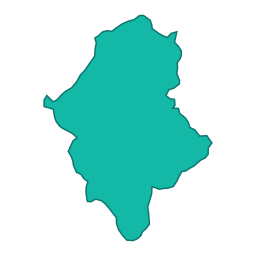 the district of Vargem, São Paulo, Brazil
{"feature_id": "56859067B88697914200534", "entity_name": "Vargem", "entity_type": "district", "adm_level": 2, "iso_a3": "BRA", "parent_name": "Brazil", "parent_adm1": "São Paulo", "projection": "albers", "projection_center": [-46.413, -22.894], "detail": "fine", "context": "isolated", "style": "filled", "palette": "teal", "viewbox_px": 256, "rotation_deg": 0, "n_neighbors": 0, "source": "geoboundaries", "source_scale": "gbopen_adm2", "svg_char_len": 1531}
<svg xmlns="http://www.w3.org/2000/svg" viewBox="0 0 256 256"><path d="M176.8,31.8L171.4,33.3L167.4,37.4L162.9,35.8L158.0,32.9L152.2,28.6L151.6,24.3L150.2,20.4L143.4,15.4L139.4,15.6L134.2,19.6L128.4,21.2L122.2,23.9L116.4,27.8L111.7,31.4L107.0,30.7L102.5,31.9L98.9,35.4L94.9,38.0L96.3,43.1L95.2,48.5L94.7,56.1L88.7,64.7L84.8,70.4L80.5,74.8L76.7,81.7L71.5,87.9L65.5,91.3L61.4,95.0L56.5,100.3L52.9,101.7L46.8,95.5L44.1,100.1L44.1,106.6L48.4,107.7L53.3,109.3L54.6,117.0L56.3,121.7L59.3,125.8L62.3,128.2L71.9,133.1L77.1,137.6L73.2,140.6L70.2,147.0L68.3,151.4L71.3,156.6L72.9,161.2L73.4,164.9L74.9,168.8L76.6,172.4L80.9,174.2L83.9,178.6L87.9,181.8L86.3,186.5L86.0,192.1L86.6,196.8L87.5,201.5L91.0,201.7L95.7,199.1L101.4,200.7L105.3,203.8L109.4,208.7L112.6,212.9L116.4,217.6L116.5,223.3L118.6,229.7L122.5,235.3L126.8,240.1L133.1,240.6L137.4,238.7L140.8,235.7L142.5,231.7L145.6,229.1L149.4,224.2L149.0,218.8L148.5,212.9L147.7,206.8L149.8,200.1L151.6,194.0L152.0,186.7L155.4,187.7L159.4,189.3L163.1,188.5L167.3,188.3L173.4,186.5L177.0,180.8L179.6,175.6L181.9,171.4L185.6,171.0L189.7,168.3L194.0,166.0L197.2,163.1L201.2,159.8L205.1,158.0L208.1,154.3L208.3,147.9L211.9,142.9L206.8,135.7L199.7,136.1L194.8,129.8L189.9,127.5L188.5,122.8L185.4,118.0L179.6,113.3L178.5,108.5L172.9,108.1L175.0,105.1L174.5,99.3L170.2,98.9L165.9,95.5L168.9,89.7L173.6,88.3L179.3,84.0L179.6,80.3L178.0,76.9L176.8,73.4L177.6,67.3L177.2,62.6L179.6,59.6L181.3,55.7L181.3,50.8L178.6,46.6L174.5,42.3L176.8,31.8Z" fill="#14b8a6" stroke="#0f766e" stroke-width="1.5"/></svg>